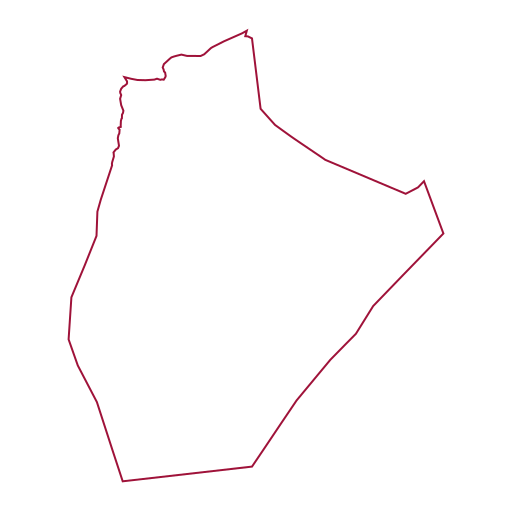 Santa Catarina Mechoacán, Oaxaca, Mexico
{"feature_id": "50627088B17186904651787", "entity_name": "Santa Catarina Mechoacán", "entity_type": "district", "adm_level": 2, "iso_a3": "MEX", "parent_name": "Mexico", "parent_adm1": "Oaxaca", "projection": "mercator", "projection_center": [-97.846, 16.342], "detail": "fine", "context": "isolated", "style": "outline", "palette": "rose", "viewbox_px": 512, "rotation_deg": 0, "n_neighbors": 0, "source": "geoboundaries", "source_scale": "gbopen_adm2", "svg_char_len": 1395}
<svg xmlns="http://www.w3.org/2000/svg" viewBox="0 0 512 512"><path d="M424.0,181.2L418.0,187.4L405.7,193.8L325.2,159.8L323.4,158.5L301.1,143.4L300.5,143.0L294.5,138.9L290.9,136.4L283.4,131.0L275.0,124.9L260.6,108.8L254.3,57.3L252.3,41.0L252.0,38.4L247.9,36.4L245.3,36.2L246.8,30.7L242.1,33.3L224.0,41.3L212.5,47.1L210.9,48.1L204.2,54.3L200.6,56.0L186.9,55.9L181.4,54.6L176.5,55.8L174.0,56.5L171.4,57.4L169.7,58.8L163.9,64.1L162.7,67.5L163.6,69.5L164.0,71.5L165.1,72.5L165.7,76.0L165.3,77.2L163.7,79.7L162.0,79.4L160.3,79.8L157.0,78.7L154.4,79.6L145.5,80.2L137.5,80.0L131.2,78.8L124.4,77.1L127.0,81.3L127.1,83.0L126.8,83.9L124.3,86.0L123.3,86.3L121.2,88.7L120.1,91.6L120.3,93.1L120.9,94.3L121.2,95.1L120.1,98.8L121.2,105.2L123.4,110.7L123.0,112.9L122.0,114.7L121.9,118.3L121.5,118.7L120.9,120.9L120.7,125.6L120.8,126.9L118.7,127.5L118.2,128.0L118.7,128.8L119.6,129.7L119.3,133.4L118.4,135.2L117.8,138.2L118.2,140.8L119.0,145.8L118.0,148.2L116.0,149.4L115.8,149.5L113.5,152.4L113.7,153.6L113.9,156.5L112.2,162.1L111.9,163.8L112.1,165.3L100.8,199.6L97.4,211.6L96.5,235.9L84.7,265.4L71.4,297.3L68.6,339.4L77.8,365.5L96.9,402.1L112.2,449.3L122.7,481.3L252.0,466.6L264.3,448.4L281.0,423.5L285.6,416.7L296.6,400.4L314.7,378.6L330.4,359.7L346.4,343.4L355.9,333.8L362.8,322.7L373.2,306.0L379.0,300.0L403.1,275.0L420.4,257.2L443.4,233.5L424.0,181.2Z" fill="none" stroke="#9f1239" stroke-width="2"/></svg>